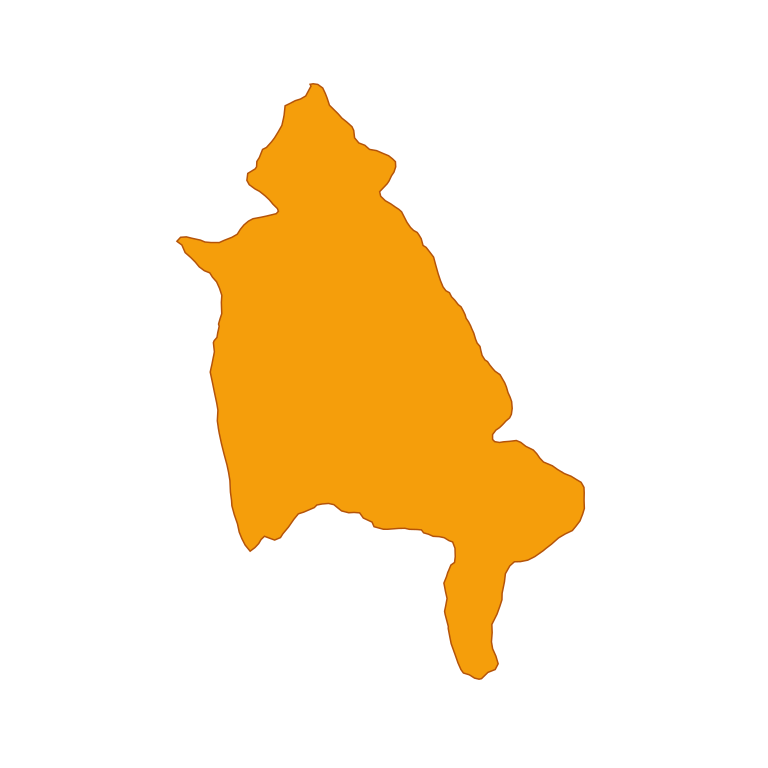 the district of Kalbajar District, Kəlbəcər, Azerbaijan, rotated 258°
{"feature_id": "54616110B37358032697149", "entity_name": "Kalbajar District", "entity_type": "district", "adm_level": 2, "iso_a3": "AZE", "parent_name": "Azerbaijan", "parent_adm1": "Kəlbəcər", "projection": "albers", "projection_center": [46.209, 40.052], "detail": "fine", "context": "isolated", "style": "filled", "palette": "amber", "viewbox_px": 768, "rotation_deg": 258, "n_neighbors": 0, "source": "geoboundaries", "source_scale": "gbopen_adm2", "svg_char_len": 3832}
<svg xmlns="http://www.w3.org/2000/svg" viewBox="0 0 768 768"><g transform="rotate(258 384 384)"><path d="M461.7,226.9L459.9,225.7L450.8,224.8L447.4,223.4L445.4,222.5L438.6,219.6L435.6,218.2L431.8,216.5L422.5,216.5L420.8,216.5L410.9,216.4L399.9,216.4L392.9,216.1L382.6,213.3L376.3,212.9L375.7,212.8L370.1,212.6L359.8,212.6L348.4,213.0L337.7,213.6L329.9,213.6L321.6,213.2L310.1,211.3L302.1,210.7L296.5,209.9L287.2,210.4L277.7,211.6L269.2,211.6L262.4,212.8L255.3,214.7L248.3,218.3L248.9,219.6L250.8,223.7L254.0,228.3L257.4,231.4L259.9,235.4L256.4,240.9L254.1,244.6L255.3,250.8L258.5,253.9L263.9,260.8L270.4,267.7L274.8,273.2L275.4,279.0L276.6,285.0L277.6,290.1L279.6,293.2L279.5,298.6L278.7,304.9L276.4,309.9L272.6,312.9L268.7,316.1L265.4,322.7L264.6,328.0L263.0,333.4L257.2,335.9L251.4,343.6L246.5,344.6L242.1,353.1L241.2,357.1L239.7,368.3L238.5,374.5L236.6,378.6L234.8,386.1L233.5,390.3L230.2,391.8L227.8,396.3L224.8,400.4L223.2,406.3L221.1,411.0L217.3,415.0L215.2,418.3L208.6,419.3L200.3,417.8L194.8,415.9L193.0,411.8L187.6,408.1L186.6,407.3L182.6,405.1L176.8,401.2L168.1,401.0L161.1,401.1L154.1,398.2L149.1,396.0L145.9,395.9L133.5,396.5L131.5,396.0L123.1,395.8L116.1,395.7L104.4,397.3L95.7,398.4L88.6,399.9L84.8,401.6L81.8,407.0L77.5,411.4L75.5,415.6L75.5,418.1L80.3,425.7L81.6,433.4L86.6,437.5L94.4,436.9L102.4,435.2L109.5,435.5L118.3,438.1L126.4,439.5L135.4,446.7L142.5,451.1L148.4,454.5L154.7,456.0L165.5,460.7L173.2,463.3L180.0,469.3L183.0,474.6L181.9,480.5L181.8,488.0L183.8,495.6L187.8,505.0L189.7,508.6L192.5,514.5L197.2,522.8L199.7,530.2L201.5,537.8L205.0,542.2L209.3,547.2L215.5,551.3L220.6,554.1L228.6,555.5L235.9,557.2L241.3,558.1L245.8,556.7L246.9,556.3L250.6,552.3L254.9,547.8L258.9,541.8L264.3,536.0L269.0,531.7L274.5,523.8L279.1,521.0L284.1,518.9L288.4,516.3L293.5,509.8L298.5,505.6L301.2,501.7L301.8,495.0L302.6,488.9L302.8,484.8L304.6,480.3L307.2,478.7L312.0,479.7L315.6,483.8L317.3,487.9L319.6,491.6L322.4,495.5L324.8,499.9L327.9,502.3L333.4,504.3L340.2,505.2L344.9,504.6L349.9,503.5L355.6,503.1L360.1,502.3L364.1,501.0L369.0,499.4L373.4,495.3L376.7,493.4L380.6,491.4L384.4,489.9L386.6,487.7L391.6,485.9L396.4,485.7L400.8,485.7L404.7,483.6L408.7,482.9L415.0,482.4L420.0,481.3L422.9,480.8L427.3,479.6L431.2,478.0L435.0,477.7L439.2,476.7L443.5,475.4L446.2,473.1L451.2,470.7L455.2,468.2L459.7,467.0L462.4,463.9L466.8,461.9L473.4,460.7L480.6,459.9L489.8,459.3L497.8,458.9L502.7,456.6L508.9,453.6L511.4,451.0L518.4,450.6L522.5,449.2L525.3,448.0L526.9,446.2L528.0,444.9L531.6,442.5L537.3,440.1L543.2,438.5L548.8,437.0L551.8,434.8L555.1,431.5L558.7,428.2L563.0,423.4L568.3,419.8L573.0,419.7L575.6,423.5L579.1,428.6L581.5,431.1L586.1,434.6L589.2,437.8L594.0,440.6L599.1,441.4L602.4,439.2L606.3,436.0L609.8,430.9L613.8,425.3L616.5,418.6L621.5,414.9L625.0,409.5L630.9,406.4L638.3,407.1L642.3,406.2L647.8,402.2L652.8,398.1L655.7,396.5L657.8,395.3L668.0,388.6L675.5,387.8L680.4,387.0L686.3,385.6L690.8,381.5L692.4,377.1L692.5,374.0L690.5,374.5L687.7,372.1L682.0,367.3L680.1,361.5L679.6,356.1L677.7,349.2L676.7,345.1L667.8,342.2L664.5,340.8L658.2,337.9L653.0,333.3L647.6,328.2L644.3,324.4L639.8,318.2L638.7,314.0L631.5,309.2L628.1,305.9L622.9,304.5L621.2,302.7L618.3,294.5L611.7,292.2L607.0,293.6L601.7,298.3L598.3,302.3L592.7,306.9L587.9,310.2L582.9,312.8L577.8,316.2L574.9,316.6L573.0,314.0L572.7,303.8L572.7,297.9L572.9,290.2L571.5,285.3L568.8,280.2L565.3,275.8L561.0,271.6L559.1,265.7L557.7,257.3L556.6,252.3L558.4,244.0L560.1,238.4L562.9,234.4L566.5,226.4L569.0,221.3L569.8,215.5L566.7,211.1L566.0,211.6L562.0,215.2L553.9,216.8L548.0,221.2L542.6,224.7L537.0,227.6L532.2,231.8L528.9,236.7L524.0,238.5L518.7,241.5L511.8,243.0L504.4,243.8L497.7,241.9L492.7,241.0L486.5,239.9L481.7,237.1L477.0,234.6L474.8,234.8L469.5,232.4L469.4,232.3L464.3,230.3L461.7,226.9Z" fill="#f59e0b" stroke="#b45309" stroke-width="1.5"/></g></svg>